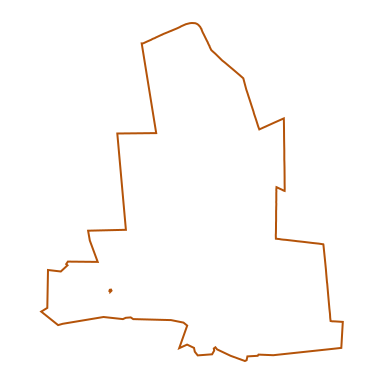 Tamdi, Navoi, Uzbekistan (Equal Earth projection)
{"feature_id": "79887680B37906364425566", "entity_name": "Tamdi", "entity_type": "district", "adm_level": 2, "iso_a3": "UZB", "parent_name": "Uzbekistan", "parent_adm1": "Navoi", "projection": "equal_earth", "projection_center": [65.436, 42.347], "detail": "fine", "context": "isolated", "style": "outline", "palette": "amber", "viewbox_px": 384, "rotation_deg": 0, "n_neighbors": 0, "source": "geoboundaries", "source_scale": "gbopen_adm2", "svg_char_len": 2156}
<svg xmlns="http://www.w3.org/2000/svg" viewBox="0 0 384 384"><path d="M333.2,348.8L341.3,347.9L342.8,321.9L335.1,321.4L332.1,321.3L330.6,321.0L330.2,317.8L330.0,314.1L329.4,308.7L328.1,294.1L327.2,283.6L327.0,282.4L326.3,274.4L325.9,269.3L325.0,260.2L323.4,244.6L323.3,244.3L318.6,243.6L312.8,243.0L302.9,241.8L297.2,241.2L294.9,240.9L285.5,239.8L283.8,239.7L281.1,239.4L279.7,239.1L275.9,238.7L275.8,235.9L275.8,234.6L275.9,233.3L276.0,228.0L276.0,226.0L276.0,222.9L276.1,221.0L276.1,218.1L276.1,216.2L276.1,214.4L276.1,210.9L276.2,209.2L276.2,207.7L276.3,204.4L276.3,203.5L276.2,202.2L276.3,200.3L276.3,199.3L276.3,196.3L276.3,192.7L276.4,191.4L276.3,190.3L276.3,189.8L276.5,187.2L282.2,189.8L283.4,190.5L284.6,190.9L284.7,188.7L284.6,182.1L284.6,179.9L284.6,177.2L284.5,167.1L284.4,162.2L284.3,159.7L284.3,152.8L284.3,150.6L284.1,139.6L284.0,128.0L283.9,121.6L283.8,118.4L276.4,121.7L274.8,122.4L267.3,125.8L259.3,129.4L258.1,126.2L257.4,123.9L256.1,119.8L254.0,113.6L253.5,111.6L251.4,105.2L249.8,100.2L248.6,96.6L247.4,92.8L246.3,89.6L243.3,78.3L235.2,71.3L228.9,66.0L224.9,62.6L222.2,60.5L215.2,53.6L212.7,51.4L211.3,50.1L209.6,46.7L209.6,46.2L208.9,45.0L207.8,42.7L207.8,42.4L207.4,41.7L207.0,41.0L203.6,34.1L202.8,32.6L201.9,30.5L201.5,29.2L201.4,29.2L200.2,26.9L198.3,24.8L196.8,23.8L195.2,23.2L191.9,23.0L189.9,23.2L185.9,24.2L181.8,26.0L181.0,26.4L180.5,26.6L180.2,26.9L177.4,28.2L176.5,28.6L165.1,33.3L163.8,33.8L155.6,37.6L154.8,38.1L153.1,38.7L152.1,39.2L151.1,39.8L147.4,41.4L143.3,43.3L142.5,43.4L142.3,43.4L141.7,43.4L156.2,133.1L117.3,133.5L125.9,229.8L88.1,230.7L89.8,240.5L97.7,261.9L67.9,261.6L66.2,264.1L67.5,265.3L60.8,271.5L48.0,270.0L47.3,307.9L41.2,311.6L58.1,325.1L62.7,323.8L103.5,317.0L122.9,319.1L125.8,317.8L130.7,317.4L133.2,319.1L171.1,320.1L183.5,322.6L187.2,325.6L179.2,348.2L187.1,344.6L194.0,347.9L194.8,351.7L197.7,355.4L212.1,354.3L214.2,350.6L213.8,348.5L215.4,347.3L217.1,349.4L230.6,355.8L244.9,361.0L246.6,360.2L247.4,356.4L257.7,355.8L258.5,354.6L273.3,355.2L333.2,348.8ZM111.5,290.7L110.2,292.0L110.1,291.3L109.4,291.0L109.8,289.8L111.0,289.6L111.5,290.7Z" fill="none" stroke="#b45309" stroke-width="2"/></svg>